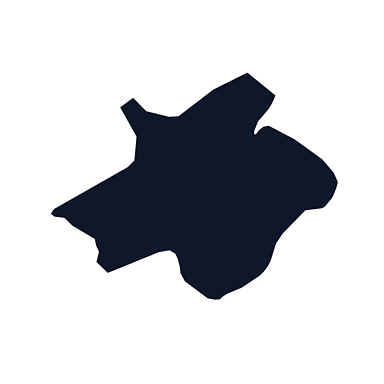 the border of Zasavska, rotated 337°
{"feature_id": "SVN-1006", "entity_name": "Zasavska", "entity_type": "Statistical Region", "adm_level": 1, "iso_a3": "SVN", "parent_name": "Slovenia", "parent_adm1": "", "projection": "albers", "projection_center": [14.936, 46.152], "detail": "fine", "context": "isolated", "style": "filled", "palette": "ink", "viewbox_px": 384, "rotation_deg": 337, "n_neighbors": 0, "source": "natural_earth", "source_scale": "10m", "svg_char_len": 891}
<svg xmlns="http://www.w3.org/2000/svg" viewBox="0 0 384 384"><g transform="rotate(337 192 192)"><path d="M175.6,300.8L171.5,299.5L165.5,295.5L151.3,271.2L150.5,262.4L152.3,256.2L153.5,247.8L153.3,242.0L149.0,236.2L137.8,233.6L83.4,232.8L77.6,219.2L83.8,210.9L83.6,203.9L85.0,197.0L69.5,176.0L65.1,165.4L56.4,160.4L54.6,157.1L58.6,154.5L142.9,144.7L151.8,141.1L163.4,119.4L159.8,86.6L174.1,83.2L180.8,100.2L199.7,114.4L209.0,117.8L251.8,106.8L289.1,104.5L305.6,135.6L299.9,141.0L294.8,144.8L280.0,152.1L271.8,160.5L271.2,164.1L273.6,164.7L278.0,162.0L283.1,160.6L288.1,161.7L306.5,184.2L324.0,213.3L329.2,229.6L329.4,239.6L326.0,244.0L320.6,249.5L317.5,251.9L308.1,256.7L306.1,256.9L304.3,256.7L289.2,252.3L258.8,265.0L248.8,271.6L236.9,285.6L232.4,289.3L227.1,292.4L221.4,294.7L200.5,298.7L184.8,298.6L179.8,299.4L175.6,300.8Z" fill="#0f172a" stroke="#020617" stroke-width="1.5"/></g></svg>